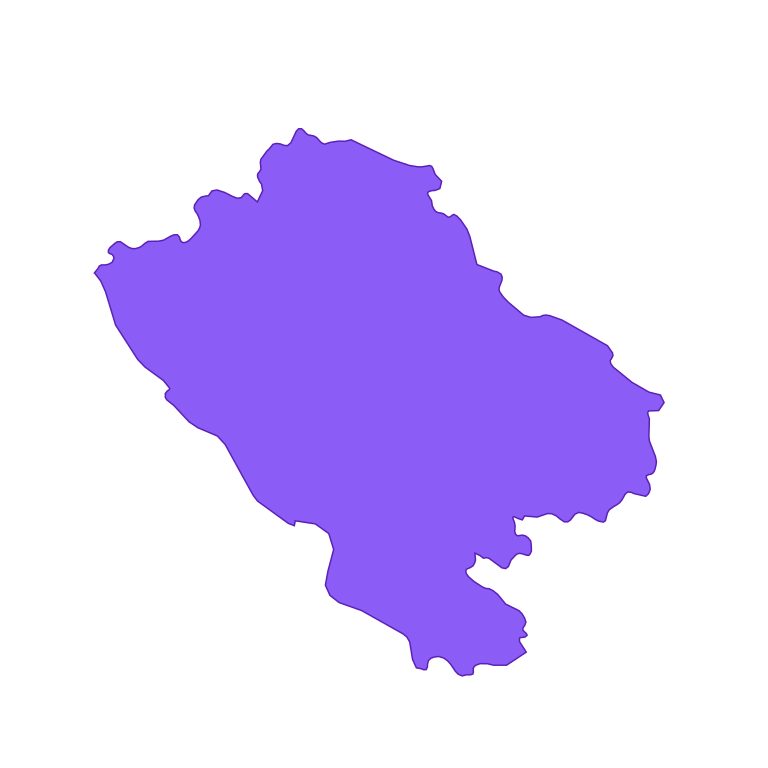 an SVG outline of Šiauliai, rotated 225°
{"feature_id": "LTU-1072", "entity_name": "Šiauliai", "entity_type": "County", "adm_level": 1, "iso_a3": "LTU", "parent_name": "Lithuania", "parent_adm1": "", "projection": "equal_earth", "projection_center": [23.21, 55.943], "detail": "fine", "context": "isolated", "style": "filled", "palette": "violet", "viewbox_px": 768, "rotation_deg": 225, "n_neighbors": 0, "source": "natural_earth", "source_scale": "10m", "svg_char_len": 4225}
<svg xmlns="http://www.w3.org/2000/svg" viewBox="0 0 768 768"><g transform="rotate(225 384 384)"><path d="M272.7,196.3L283.2,200.3L291.1,211.7L302.6,231.4L317.3,239.2L333.7,236.5L350.0,224.5L347.2,220.4L353.1,217.8L390.7,211.8L397.9,212.8L419.8,219.1L453.4,228.9L465.1,229.4L484.5,221.5L495.0,219.4L517.5,220.2L526.4,219.2L529.1,219.9L531.9,222.6L532.3,225.6L531.9,228.1L532.3,229.4L542.4,230.5L564.8,227.0L575.5,227.2L579.7,228.1L615.5,235.9L646.1,252.3L657.0,256.5L666.8,257.8L667.3,257.7L668.0,264.0L668.7,265.9L668.1,268.3L665.4,271.0L663.4,274.0L662.3,277.8L663.9,282.1L666.3,283.2L668.0,283.3L670.3,282.2L671.9,282.1L673.5,283.8L674.2,286.7L673.8,292.8L673.2,295.9L671.1,298.2L661.1,300.1L657.8,301.7L655.6,303.8L653.6,307.4L652.8,310.2L652.6,314.2L651.7,318.0L644.3,325.7L641.5,330.0L639.3,338.0L637.9,341.1L635.7,343.4L633.8,343.4L632.3,343.1L630.3,342.0L628.5,341.4L626.9,341.5L625.4,342.5L624.5,343.9L623.8,345.6L623.5,347.7L623.3,350.0L623.8,360.7L624.6,363.6L626.1,366.5L629.5,369.3L633.0,371.0L636.7,372.3L639.8,372.8L642.7,374.2L644.6,376.7L645.8,382.9L645.4,387.0L642.9,391.0L641.3,392.9L642.2,398.9L639.3,403.1L632.3,406.7L623.3,409.7L619.1,411.6L616.8,414.7L616.9,417.2L617.2,419.7L616.0,421.4L614.9,422.2L602.3,423.2L606.5,434.9L611.9,438.7L615.4,439.3L619.6,440.9L621.3,442.4L622.1,444.0L622.1,446.0L622.9,448.9L628.2,453.3L629.9,455.7L631.5,465.7L631.4,469.0L632.0,475.0L630.3,477.9L627.2,480.4L623.6,482.0L620.9,484.1L620.4,488.6L624.8,500.8L624.8,504.2L622.8,506.2L619.7,506.4L616.5,506.2L613.8,506.5L609.3,509.6L606.1,510.6L598.9,510.3L595.6,511.6L592.9,516.8L588.0,523.5L584.2,527.1L582.9,528.5L580.0,533.4L535.5,549.0L520.6,556.5L514.3,561.0L511.0,564.0L506.1,570.9L504.0,571.6L501.3,570.8L496.0,568.4L486.6,568.1L482.7,561.7L483.5,559.7L485.0,556.7L487.0,554.4L488.5,551.4L488.1,549.7L486.4,548.8L480.1,547.3L475.9,544.2L472.6,543.0L469.8,542.6L467.7,543.1L466.2,543.9L464.8,545.0L462.9,546.2L460.9,546.7L457.1,547.2L455.8,548.1L455.4,549.2L455.1,551.5L454.6,553.2L451.2,554.3L445.7,554.2L434.7,552.1L427.6,549.0L402.8,534.2L386.2,541.4L383.3,543.3L379.0,544.4L376.0,543.2L373.9,540.7L371.1,534.3L369.5,532.1L367.2,530.9L361.4,529.9L354.3,529.7L334.0,531.4L327.2,535.0L321.2,541.9L320.1,544.9L318.2,547.3L315.2,549.5L303.4,555.1L253.0,569.1L244.5,567.6L242.2,566.0L241.3,563.6L240.6,560.5L238.2,558.8L234.1,558.0L209.8,560.5L190.9,565.6L180.8,571.7L172.8,568.9L171.0,559.4L177.9,552.0L177.3,550.2L175.1,548.7L171.8,547.1L159.5,534.1L155.9,531.3L140.9,524.7L136.4,521.7L134.2,518.8L131.5,514.2L130.9,511.7L131.2,509.4L132.6,507.3L133.6,504.7L132.1,503.1L125.3,500.8L121.5,498.0L120.0,495.2L119.4,493.2L119.5,489.7L129.7,483.3L132.6,482.2L135.3,480.0L135.6,476.9L133.8,470.3L133.4,467.0L133.9,463.5L134.9,459.7L135.8,454.4L134.8,450.7L130.8,444.0L131.2,441.5L135.4,438.7L139.1,437.6L143.5,436.7L147.4,435.5L152.1,433.2L155.5,430.9L156.9,427.0L156.0,419.6L156.6,416.4L159.1,414.0L164.2,413.0L168.8,412.6L173.6,410.9L176.8,408.0L181.6,398.2L191.3,390.1L190.1,385.7L194.1,383.7L198.3,382.1L198.7,380.8L197.0,379.7L193.7,378.3L190.9,376.3L187.2,372.1L184.6,370.7L182.3,371.1L180.9,372.8L179.5,374.8L176.9,376.5L173.5,377.2L169.2,376.7L166.2,374.4L161.7,370.2L160.5,367.2L160.5,365.2L162.1,363.8L166.9,361.3L168.7,359.7L169.8,357.7L169.9,354.5L169.7,349.4L167.0,342.9L167.4,339.6L170.6,337.4L185.9,335.1L187.4,334.6L188.7,333.7L190.1,331.7L190.7,331.1L194.7,330.6L200.1,328.7L194.9,324.3L193.4,321.7L192.5,318.3L193.2,315.1L194.5,312.1L194.4,310.1L192.1,308.2L187.8,307.5L180.6,308.0L170.8,310.1L167.4,311.5L164.9,313.6L160.6,315.0L154.7,315.6L142.4,314.4L128.2,319.2L123.8,319.1L119.3,318.0L115.3,316.0L113.8,312.8L113.3,310.0L111.9,308.2L109.5,308.1L106.7,308.2L105.1,307.5L105.4,304.6L108.6,300.7L107.5,299.0L105.8,297.6L93.8,295.0L98.5,271.8L107.7,262.6L113.1,259.3L118.3,254.2L120.3,249.9L120.2,246.5L116.8,243.1L116.1,241.7L117.3,239.4L119.9,236.9L122.3,232.9L126.2,231.3L130.2,231.3L138.8,233.0L143.4,233.2L147.9,232.5L152.5,230.1L155.2,226.8L156.9,223.3L157.0,219.9L155.2,216.8L153.1,214.4L152.2,211.9L153.9,210.0L156.3,209.0L160.4,206.2L169.0,209.4L183.3,219.7L188.9,221.3L193.8,220.8L239.8,207.9L251.7,202.2L261.2,197.7L272.7,196.3Z" fill="#8b5cf6" stroke="#5b21b6" stroke-width="1.5"/></g></svg>